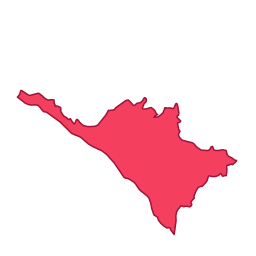 Santiago de Cuba, Robinson projection, rotated 41°
{"feature_id": "CUB-1369", "entity_name": "Santiago de Cuba", "entity_type": "Province", "adm_level": 1, "iso_a3": "CUB", "parent_name": "Cuba", "parent_adm1": "", "projection": "robinson", "projection_center": [-76.024, 20.226], "detail": "fine", "context": "isolated", "style": "filled", "palette": "rose", "viewbox_px": 256, "rotation_deg": 41, "n_neighbors": 0, "source": "natural_earth", "source_scale": "10m", "svg_char_len": 3918}
<svg xmlns="http://www.w3.org/2000/svg" viewBox="0 0 256 256"><g transform="rotate(41 128 128)"><path d="M232.6,178.0L231.1,177.8L226.9,176.8L225.6,176.0L224.8,175.9L224.4,176.2L223.4,177.5L222.6,178.0L219.2,178.5L215.1,178.4L211.4,177.6L208.7,175.9L204.6,176.6L199.4,173.6L194.2,169.6L189.8,167.1L187.0,166.7L178.0,167.1L175.6,166.7L170.7,165.3L168.1,165.0L163.3,165.6L160.7,166.4L159.1,167.5L157.2,167.8L140.6,163.4L129.2,162.0L123.4,162.3L113.4,165.2L108.6,166.0L99.4,166.0L96.7,166.4L91.4,168.4L88.6,169.0L72.6,168.0L56.2,169.5L53.6,171.0L50.9,170.8L48.1,170.1L45.5,169.9L43.5,170.9L39.5,174.5L36.8,175.9L33.8,176.7L24.3,177.2L24.2,173.9L23.1,171.3L22.7,170.7L22.6,170.2L22.6,169.8L23.7,169.4L31.1,168.5L31.9,168.2L32.6,167.7L37.4,160.7L38.0,160.4L38.9,160.2L41.9,160.0L43.7,160.1L46.5,160.1L48.4,159.7L49.6,159.1L51.7,156.7L53.8,155.4L55.0,156.6L55.3,157.0L55.8,157.5L56.2,157.8L56.7,157.9L57.1,158.1L57.5,158.2L57.8,158.5L58.1,158.9L58.6,159.2L59.0,159.2L59.4,158.7L59.7,158.2L60.1,157.9L60.8,157.6L63.2,156.9L64.0,156.9L64.7,157.6L65.8,159.0L66.6,159.6L67.6,160.0L69.7,160.6L70.2,160.8L70.4,160.9L71.1,161.0L72.2,161.0L74.4,160.6L77.4,160.6L77.8,160.3L78.3,159.0L78.5,158.8L79.3,159.0L80.3,159.4L83.8,160.3L84.7,160.1L84.8,159.4L83.9,156.5L83.7,155.7L83.7,155.3L84.5,154.7L88.1,155.4L91.0,155.6L91.9,155.5L93.1,155.2L94.6,154.5L96.4,153.5L98.3,152.0L102.0,148.3L103.3,145.6L102.8,133.4L102.1,129.1L101.7,128.1L101.8,127.3L102.7,126.8L103.8,125.4L105.7,123.3L105.5,121.9L105.5,121.4L105.5,120.7L108.2,109.1L109.0,107.6L109.9,106.7L111.9,106.7L113.2,106.8L115.9,107.3L117.1,107.3L117.8,107.0L118.2,106.1L118.3,105.4L118.4,104.0L118.6,103.5L119.1,102.8L119.8,102.0L120.4,101.1L120.8,100.1L121.0,98.8L121.0,97.5L120.5,94.8L120.7,94.2L121.2,94.0L122.2,93.9L123.4,94.7L124.1,95.5L124.4,96.4L124.4,97.3L124.3,98.2L124.3,99.0L124.4,99.8L125.0,101.2L125.6,103.1L126.1,103.7L127.1,103.7L128.8,102.1L132.1,97.3L135.1,97.1L136.3,97.2L137.3,97.4L138.3,97.8L139.4,98.4L140.1,98.6L140.6,98.6L141.3,98.4L141.3,98.7L141.2,99.3L140.3,101.6L140.7,102.7L143.1,100.2L143.3,99.8L144.1,96.7L144.4,93.4L143.6,91.2L143.3,89.9L143.0,89.4L142.6,89.2L142.5,88.8L142.8,88.3L144.8,86.9L146.4,85.4L147.0,84.9L149.2,83.9L149.5,83.2L149.4,82.2L148.6,79.9L148.2,78.6L148.5,77.7L148.8,77.5L150.6,78.4L156.5,83.2L157.7,85.3L157.2,86.8L157.6,87.4L158.5,87.8L160.7,88.0L162.3,88.0L163.1,88.2L163.4,88.6L163.3,89.5L163.0,90.2L162.7,90.8L162.4,91.3L162.2,91.6L162.6,92.2L163.6,93.0L167.3,95.8L169.4,96.4L169.9,98.7L170.1,99.2L170.3,99.6L170.7,100.1L172.8,101.3L176.8,101.7L185.9,97.1L186.9,96.8L188.3,96.7L192.3,97.3L197.7,96.7L203.1,92.6L203.5,91.6L203.9,90.3L203.2,88.7L203.1,88.2L203.1,87.8L203.3,87.2L203.7,86.7L203.9,86.5L204.9,87.0L205.7,87.4L207.3,88.3L207.9,88.1L208.8,87.5L210.7,85.9L213.2,83.0L213.7,82.4L214.1,82.1L214.6,81.8L215.3,81.5L215.8,81.2L216.2,80.8L216.8,80.7L217.5,80.9L219.5,82.6L221.8,83.4L227.3,82.3L228.9,82.3L229.4,82.2L230.0,82.0L231.2,81.3L231.5,81.8L231.5,82.8L231.1,86.3L230.9,87.0L230.7,87.2L229.8,87.6L229.4,87.9L229.1,88.3L228.8,88.9L228.7,89.3L228.5,89.8L228.2,90.3L227.7,90.7L227.2,91.1L227.3,91.6L228.1,92.8L230.1,94.6L233.4,99.4L232.2,100.5L231.6,101.7L231.1,102.2L230.5,102.3L229.3,101.8L228.9,101.6L228.2,101.4L227.9,101.6L227.7,102.1L227.6,102.6L227.6,103.3L227.4,104.3L226.9,105.4L225.6,107.5L224.2,108.8L222.8,109.8L221.2,110.5L220.6,111.1L220.3,111.5L220.8,112.7L222.2,115.7L222.5,118.1L222.3,122.8L222.1,123.6L221.8,123.9L221.4,124.2L221.1,124.6L220.8,125.1L220.2,126.3L220.1,126.9L220.1,127.9L220.8,131.3L221.5,133.4L221.8,134.0L222.4,136.0L222.5,136.2L222.8,136.5L224.0,137.4L223.9,141.3L224.3,142.9L224.6,143.2L225.0,143.4L225.5,143.4L226.3,143.9L226.6,144.5L226.7,145.8L226.5,146.6L226.2,147.1L223.2,148.8L221.7,150.8L221.2,151.1L220.8,151.1L219.0,151.9L219.2,157.3L219.8,159.5L221.5,162.5L222.3,163.5L225.0,166.3L232.6,177.9L232.6,178.0Z" fill="#f43f5e" stroke="#9f1239" stroke-width="1.5"/></g></svg>